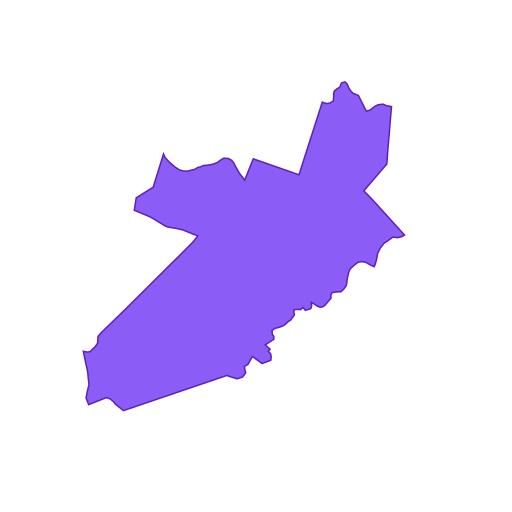 Santa Rita, Maranhão, Brazil (Natural Earth projection), rotated 288°
{"feature_id": "56859067B30412481921116", "entity_name": "Santa Rita", "entity_type": "district", "adm_level": 2, "iso_a3": "BRA", "parent_name": "Brazil", "parent_adm1": "Maranhão", "projection": "natural_earth1", "projection_center": [-44.315, -3.168], "detail": "fine", "context": "isolated", "style": "filled", "palette": "violet", "viewbox_px": 512, "rotation_deg": 288, "n_neighbors": 0, "source": "geoboundaries", "source_scale": "gbopen_adm2", "svg_char_len": 2355}
<svg xmlns="http://www.w3.org/2000/svg" viewBox="0 0 512 512"><g transform="rotate(288 256 256)"><path d="M161.4,302.3L164.5,301.7L167.5,300.2L169.1,297.2L171.7,298.2L173.0,295.2L174.3,292.3L177.9,295.1L182.4,298.7L185.0,297.8L186.6,295.8L190.1,294.2L193.2,296.6L194.9,299.5L197.7,303.1L199.9,304.9L203.5,306.9L205.8,308.8L209.3,309.9L212.0,310.8L214.3,309.3L216.7,308.8L218.1,312.2L218.8,315.0L221.5,316.5L219.6,319.7L221.2,322.0L222.7,324.3L225.7,324.4L229.0,322.9L228.3,326.5L227.2,329.8L227.1,333.0L228.5,335.4L230.7,336.9L233.4,338.0L239.1,340.4L242.1,339.2L244.8,339.8L246.5,343.3L248.3,347.9L252.1,349.9L255.4,350.9L258.1,350.8L260.6,350.2L263.1,349.7L265.9,349.5L270.4,349.2L272.9,349.6L277.7,352.3L281.6,355.0L283.4,358.4L283.9,362.4L283.3,365.3L282.7,368.3L282.3,371.7L284.7,371.9L289.2,371.8L293.5,371.2L296.3,370.9L302.2,371.8L305.3,373.0L308.0,374.0L310.1,375.9L313.1,378.0L316.3,380.4L317.1,384.9L319.3,388.4L321.8,390.8L345.9,348.7L351.3,338.4L383.9,352.0L398.0,348.5L400.7,347.9L417.4,344.0L440.0,338.7L439.3,333.7L439.7,329.9L437.5,325.3L434.9,322.6L430.0,319.4L427.8,316.2L440.3,303.8L440.8,297.9L442.4,294.9L444.9,291.9L447.7,289.7L449.1,286.8L447.0,283.8L442.7,283.6L439.8,281.2L436.8,279.4L434.0,279.8L430.8,280.9L427.4,281.5L424.4,279.2L422.8,276.1L422.8,271.5L364.7,271.7L346.5,271.8L346.7,264.2L346.8,258.9L347.6,223.4L324.7,221.8L327.3,218.1L329.4,214.9L334.8,208.9L337.6,206.1L339.5,203.4L340.2,199.4L339.0,195.0L335.7,192.2L333.4,190.7L330.7,187.6L328.8,184.6L327.2,181.4L325.8,178.0L323.6,175.7L322.3,173.3L319.6,171.1L317.6,167.7L315.8,165.3L314.4,160.9L314.2,156.6L315.5,151.8L316.8,148.6L318.9,143.8L321.7,139.0L324.5,136.5L301.4,136.8L289.6,136.9L274.4,124.1L261.9,126.1L261.5,130.6L260.9,138.4L260.5,143.0L259.6,147.2L258.4,152.3L257.4,156.7L256.6,159.8L256.3,162.8L257.6,172.0L258.2,178.3L257.4,189.2L257.2,194.5L249.4,191.5L230.8,182.1L222.1,177.5L208.4,170.5L170.6,151.1L164.9,148.2L135.1,132.4L130.8,130.6L124.1,132.3L119.7,130.9L116.3,129.0L113.8,127.7L112.5,125.3L112.0,121.2L103.4,126.1L96.6,130.1L93.1,132.0L88.0,134.2L82.1,136.9L74.9,137.4L68.4,138.3L62.9,142.8L75.0,157.3L75.0,161.5L73.3,165.7L71.7,167.8L68.0,177.7L112.4,237.1L133.3,265.1L133.3,275.8L136.7,280.6L141.7,282.3L144.4,280.6L147.4,279.1L150.5,281.9L159.3,283.6L155.6,295.0L161.4,302.3Z" fill="#8b5cf6" stroke="#5b21b6" stroke-width="1.5"/></g></svg>